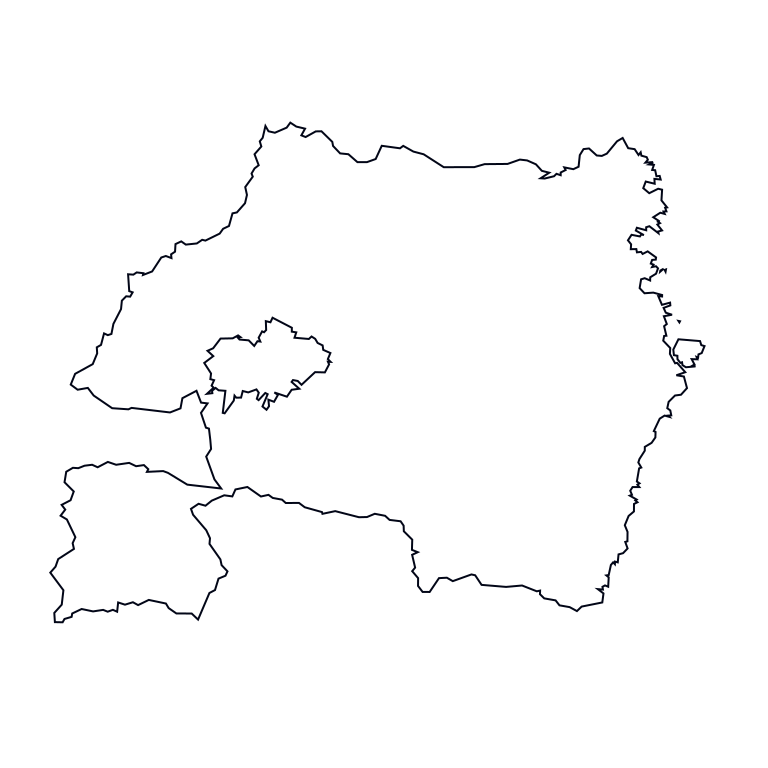 Malang, Jawa Timur, Indonesia (Robinson projection), rotated 275°
{"feature_id": "22746128B8866265958554", "entity_name": "Malang", "entity_type": "district", "adm_level": 2, "iso_a3": "IDN", "parent_name": "Indonesia", "parent_adm1": "Jawa Timur", "projection": "robinson", "projection_center": [112.621, -8.113], "detail": "fine", "context": "isolated", "style": "outline", "palette": "ink", "viewbox_px": 768, "rotation_deg": 275, "n_neighbors": 0, "source": "geoboundaries", "source_scale": "gbopen_adm2", "svg_char_len": 6137}
<svg xmlns="http://www.w3.org/2000/svg" viewBox="0 0 768 768"><g transform="rotate(275 384 384)"><path d="M174.6,596.0L179.5,600.3L185.4,620.5L194.5,620.9L198.3,614.9L198.3,620.0L201.0,619.3L202.6,621.7L201.6,625.0L211.0,624.7L212.7,622.2L213.3,624.5L223.5,625.8L226.3,627.8L224.6,629.7L227.2,629.6L226.7,632.4L234.7,632.5L236.3,636.9L241.4,641.0L247.7,638.1L248.5,640.2L257.9,639.5L264.3,636.2L273.9,639.2L278.8,644.1L286.3,643.5L288.3,646.8L289.9,644.5L290.9,645.8L294.2,638.6L295.2,640.7L299.1,638.6L303.0,640.6L303.6,647.3L305.8,645.2L307.3,647.2L308.9,644.4L322.2,645.5L323.2,647.6L328.0,644.2L331.5,645.0L340.3,649.6L344.1,649.3L348.7,655.7L354.4,659.0L359.9,658.7L360.6,656.9L373.5,661.7L377.0,666.3L376.1,671.2L377.3,669.9L377.8,672.9L382.6,671.5L384.6,668.3L391.0,669.1L397.9,674.9L399.2,680.8L406.3,686.2L417.6,682.1L418.2,674.5L422.0,683.1L430.6,674.1L430.0,672.2L438.9,666.2L444.8,666.0L451.5,658.4L456.3,658.9L456.7,661.1L466.0,658.0L468.4,660.5L475.9,656.9L478.1,664.9L479.6,658.5L484.2,655.9L487.3,662.4L490.0,661.9L487.1,654.0L495.4,649.6L495.4,653.4L496.9,653.3L498.5,644.3L497.1,635.6L501.8,630.3L510.7,631.0L512.1,634.5L510.3,640.1L513.5,639.9L517.6,645.4L523.1,646.9L525.0,644.7L523.9,640.9L526.4,642.1L527.2,639.3L531.0,640.3L531.6,643.9L533.8,644.0L539.1,635.1L536.1,630.3L538.0,628.6L537.2,624.5L540.4,623.6L539.8,618.1L544.7,618.0L548.4,614.5L554.2,617.6L553.3,626.1L555.4,627.2L555.0,629.9L558.8,621.5L561.7,622.3L560.0,631.8L563.0,631.5L564.3,634.6L558.1,644.3L559.8,643.8L561.2,647.6L566.7,642.4L568.3,644.9L570.0,641.8L569.9,644.5L573.6,637.7L578.7,644.3L577.9,648.8L580.2,647.4L580.6,650.3L584.1,648.7L584.6,650.6L591.1,644.4L601.8,644.1L602.4,640.1L597.2,631.6L601.7,625.2L608.5,627.1L607.1,636.2L611.9,635.5L611.8,641.8L615.3,640.5L614.7,637.3L620.6,635.5L620.6,632.5L625.8,633.8L625.8,629.0L627.7,632.2L628.4,631.9L627.3,625.1L630.4,627.3L632.9,625.9L633.9,620.5L637.2,619.5L634.3,617.6L639.8,613.2L640.2,606.7L649.9,600.3L646.1,595.0L632.9,585.9L630.2,581.1L630.2,576.0L636.5,567.7L635.4,562.3L629.1,559.1L617.4,558.9L614.5,553.9L615.5,544.7L613.0,546.3L610.1,541.6L607.4,541.8L608.4,537.5L605.8,535.3L602.7,526.2L602.6,522.1L608.9,530.2L610.1,522.7L616.1,516.2L619.2,507.1L619.4,499.8L614.0,487.9L611.8,465.1L607.9,455.0L605.2,424.6L616.3,403.5L618.1,393.0L622.9,382.4L620.2,379.4L621.1,361.0L607.4,356.1L603.5,347.6L602.7,338.2L609.8,328.5L609.9,320.2L616.7,312.5L620.7,311.4L630.3,299.7L629.7,294.0L623.2,284.4L624.5,280.0L631.5,283.1L632.8,274.2L636.2,267.9L630.9,264.7L624.8,253.4L625.7,246.9L630.7,243.4L618.7,241.7L614.9,239.1L609.9,241.1L601.6,235.0L591.0,240.1L587.5,236.3L582.1,233.7L579.1,235.2L568.1,228.6L560.4,231.0L552.0,229.8L542.1,222.5L540.8,218.2L527.9,215.8L524.6,210.2L519.5,207.2L511.3,193.6L511.8,190.3L507.7,185.3L505.6,174.4L508.4,169.6L505.2,164.1L497.6,164.3L494.6,160.6L490.9,161.3L492.5,155.5L490.6,151.1L475.9,143.2L471.6,134.4L473.4,134.7L473.6,127.9L471.1,124.8L471.0,119.5L454.3,122.1L453.4,125.6L448.9,123.5L448.9,119.5L444.2,115.6L435.7,115.5L420.3,109.2L410.1,108.1L408.6,104.6L410.0,100.7L398.3,98.7L395.5,94.7L389.5,95.6L378.4,92.1L367.2,75.4L356.1,72.0L351.6,79.3L354.3,89.3L347.2,95.8L336.2,115.3L336.5,131.6L338.2,134.6L337.0,173.3L342.0,183.4L352.3,184.4L360.9,197.8L349.5,203.4L349.3,209.9L339.3,204.2L325.0,210.4L324.3,213.5L313.3,215.8L304.2,217.4L296.2,213.2L274.2,223.4L265.7,230.9L266.6,196.8L276.7,176.4L278.0,171.6L275.8,155.5L278.6,156.6L282.3,151.9L280.5,144.2L283.2,137.0L280.2,124.2L282.3,115.7L276.1,106.0L278.1,100.3L276.5,92.8L273.5,86.8L273.4,81.4L268.9,75.1L258.3,74.3L249.9,84.3L240.9,81.9L235.5,73.4L231.1,77.4L224.6,73.3L221.4,79.9L204.5,89.9L198.3,87.7L192.7,89.5L181.2,74.7L173.4,72.7L167.0,68.0L150.6,82.6L136.1,82.2L127.2,75.5L118.1,76.9L118.6,84.6L122.1,86.2L124.8,93.1L128.2,93.4L133.5,102.4L132.1,114.0L134.5,123.9L133.1,128.6L135.4,133.6L133.9,138.0L143.2,138.2L141.6,145.2L144.7,152.9L142.3,158.3L148.4,168.5L146.3,185.9L142.0,189.0L137.3,197.2L138.6,212.4L133.1,219.3L160.6,228.3L164.0,233.6L175.7,236.1L179.2,242.8L183.7,244.4L189.4,238.0L195.0,236.3L209.5,224.1L215.2,224.1L222.8,219.7L237.1,205.2L242.8,202.6L248.5,209.7L247.2,216.8L252.8,222.6L259.2,234.5L258.8,242.7L266.0,245.2L269.5,256.9L261.2,271.2L263.5,278.6L260.8,283.1L259.9,292.5L256.9,296.5L258.1,309.7L254.3,315.8L251.0,333.4L249.3,334.0L253.1,346.5L249.1,370.7L250.0,378.7L253.9,386.1L252.8,396.6L249.1,401.4L248.7,412.5L244.6,415.9L239.0,416.6L231.4,425.7L221.2,426.3L219.4,432.3L216.3,426.9L203.8,431.0L200.0,428.4L193.6,434.9L185.8,435.5L180.2,440.6L180.8,447.6L195.4,455.7L196.5,463.5L193.6,469.7L201.9,487.7L201.4,491.5L192.4,498.7L192.5,523.3L195.3,539.1L190.8,554.3L191.8,557.5L188.2,557.7L184.4,562.3L183.4,573.8L178.8,578.1L177.9,588.4L174.6,596.0ZM351.0,264.9L363.7,269.0L364.7,266.5L357.0,260.5L358.2,258.6L364.4,260.0L367.5,257.4L363.8,249.5L364.7,243.9L358.0,242.8L357.5,238.0L359.4,236.1L354.4,235.8L340.9,227.8L341.2,225.9L363.4,226.6L363.3,219.8L365.4,216.6L362.3,213.3L359.9,213.8L358.8,208.5L365.5,214.6L367.3,212.4L373.0,214.4L373.7,210.6L379.4,210.8L389.3,203.1L396.9,211.5L401.7,205.3L404.7,210.7L415.0,217.2L416.3,229.3L419.7,234.4L418.2,236.9L417.5,234.3L415.7,236.2L415.7,245.4L410.6,251.4L415.6,254.2L415.5,257.1L419.2,255.1L425.8,258.0L425.1,260.0L427.5,261.9L436.3,260.8L435.6,265.5L440.3,267.2L432.0,287.3L428.1,287.6L427.8,292.1L422.3,290.8L422.3,305.2L425.0,307.7L423.0,311.5L419.1,314.3L417.1,319.5L412.7,320.5L410.2,327.9L403.9,325.9L401.4,328.9L401.3,326.2L398.8,327.6L390.4,324.1L389.8,314.3L376.0,301.9L379.5,297.8L380.0,293.0L378.0,291.8L371.9,300.0L370.2,292.5L362.9,288.4L366.0,275.5L363.9,279.3L356.7,276.0L358.3,270.2L351.8,271.4L348.1,269.2L351.0,264.9ZM443.5,669.2L438.0,670.3L437.7,673.8L434.3,674.2L430.9,677.4L431.6,679.0L428.8,679.7L427.0,683.3L428.7,692.8L429.1,689.6L430.5,691.6L435.6,688.3L435.9,694.1L438.2,693.0L437.7,694.6L440.9,694.7L442.5,697.8L449.7,700.0L450.4,696.7L454.3,695.1L454.2,673.4L443.5,669.2ZM523.2,652.5L521.1,649.4L519.9,649.3L523.2,652.5ZM471.1,672.9L472.3,673.4L472.5,671.8L471.1,672.9ZM522.7,654.9L522.1,653.6L520.4,654.7L522.7,654.9Z" fill="none" stroke="#020617" stroke-width="2"/></g></svg>